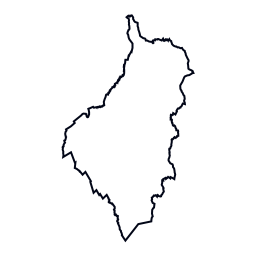 Ban Na, Nakhon Nayok, Thailand (Equal Earth projection)
{"feature_id": "78962969B12368211729718", "entity_name": "Ban Na", "entity_type": "district", "adm_level": 2, "iso_a3": "THA", "parent_name": "Thailand", "parent_adm1": "Nakhon Nayok", "projection": "equal_earth", "projection_center": [101.083, 14.274], "detail": "fine", "context": "isolated", "style": "outline", "palette": "ink", "viewbox_px": 256, "rotation_deg": 0, "n_neighbors": 0, "source": "geoboundaries", "source_scale": "gbopen_adm2", "svg_char_len": 5802}
<svg xmlns="http://www.w3.org/2000/svg" viewBox="0 0 256 256"><path d="M193.4,73.0L193.1,72.3L193.0,72.5L192.4,72.1L192.3,70.8L190.8,70.0L189.4,69.5L188.4,68.7L188.1,65.0L187.8,63.4L188.6,61.0L188.5,60.1L187.6,58.6L185.8,54.8L185.6,53.3L185.0,52.1L184.7,50.8L184.0,50.5L183.3,49.9L182.7,49.2L182.0,47.9L180.4,48.2L178.7,47.3L177.5,47.4L176.4,46.5L175.4,46.5L173.6,45.7L172.1,44.2L171.7,42.8L171.3,41.9L171.2,41.1L170.1,40.5L169.9,40.1L169.6,40.0L169.4,39.5L169.2,39.9L168.4,39.9L168.2,40.4L167.7,39.4L167.3,39.4L167.2,40.1L166.8,39.9L166.4,40.1L166.2,39.8L166.1,39.3L165.9,39.2L165.7,39.4L165.9,39.8L165.8,40.1L165.1,40.5L164.7,40.3L164.1,40.9L163.9,40.8L163.9,40.3L163.4,39.9L163.4,39.2L163.1,38.6L161.7,40.5L158.2,39.0L157.9,39.0L157.5,39.5L155.2,39.3L155.0,40.4L153.2,40.3L153.0,40.5L152.9,41.5L153.4,42.7L153.4,43.0L153.0,43.2L152.7,43.0L151.8,41.7L150.7,41.8L149.0,41.5L147.1,40.5L145.8,40.5L145.5,39.2L144.9,38.5L143.3,38.2L140.5,36.3L140.0,35.7L139.9,34.5L139.1,31.6L138.4,29.7L138.2,27.7L137.6,26.1L137.7,23.9L137.6,22.8L135.1,22.0L134.1,20.9L133.7,19.9L133.1,19.0L133.2,17.7L132.9,17.0L131.8,15.4L131.1,15.4L130.4,16.3L129.8,16.6L129.4,16.4L128.9,15.6L128.2,15.8L126.6,17.2L127.1,17.7L128.6,18.6L128.9,19.6L129.0,20.2L128.8,21.7L129.1,23.1L128.9,24.7L129.3,25.8L129.5,28.6L129.3,29.4L128.4,30.1L128.4,30.5L128.0,31.1L127.5,32.6L127.4,33.6L128.1,34.5L128.7,37.7L129.4,39.4L132.5,43.5L132.5,47.9L131.6,51.7L131.3,51.4L129.9,54.0L129.0,55.0L129.2,55.4L129.1,55.8L128.6,55.9L127.8,59.8L125.4,59.8L125.2,61.3L125.3,61.8L124.9,63.9L124.4,64.4L124.4,65.2L124.0,65.1L123.8,66.7L124.2,66.7L123.9,70.7L124.2,70.6L124.2,72.1L124.1,73.7L123.7,75.0L123.2,74.9L123.1,75.4L122.7,75.3L122.7,76.2L121.6,76.4L121.4,77.0L120.4,76.6L120.1,77.7L119.8,77.6L119.7,78.5L119.2,78.5L119.1,78.9L119.5,78.9L119.4,79.6L119.2,79.6L119.1,79.9L118.6,79.8L118.4,80.8L117.9,80.6L117.5,82.6L117.1,82.2L116.2,83.1L115.0,83.8L115.2,84.8L114.8,84.8L114.8,86.4L113.9,86.3L113.9,87.2L112.4,87.1L112.2,87.9L110.1,90.0L110.3,90.3L109.9,90.6L110.1,91.1L109.7,91.5L109.4,92.2L109.2,92.1L109.0,92.9L108.3,92.9L108.1,94.6L106.5,94.4L106.0,95.0L105.6,96.9L104.6,99.3L103.8,101.9L104.2,105.1L103.5,105.2L103.5,105.7L102.3,106.0L102.3,106.5L101.8,106.8L101.3,106.5L100.0,106.4L100.0,107.1L98.9,107.0L98.2,107.1L98.1,107.3L97.3,107.0L97.0,107.1L96.8,107.6L96.6,107.4L96.8,107.1L93.9,107.7L93.1,106.8L89.3,108.5L88.5,108.7L88.3,108.8L88.8,110.4L88.9,111.2L89.1,112.0L89.1,114.4L88.2,116.8L87.9,116.8L87.6,117.2L87.2,117.1L86.6,116.1L86.4,114.3L86.0,114.3L85.8,113.8L83.5,113.6L82.5,114.0L81.1,115.5L73.8,121.4L74.7,123.0L70.8,126.4L66.0,129.4L66.5,130.6L65.6,131.8L65.2,133.8L65.5,135.6L65.8,136.1L65.7,136.7L66.1,137.1L65.9,137.6L65.7,138.8L65.2,140.2L64.3,140.6L64.6,142.0L65.0,142.7L64.4,143.3L63.6,144.8L63.6,146.5L63.2,146.9L62.8,146.8L62.6,147.2L62.9,148.0L62.7,149.7L63.3,151.5L63.2,153.3L63.5,155.0L63.2,157.0L71.0,152.3L75.0,163.0L75.4,162.7L74.8,168.0L76.8,168.9L79.2,170.8L79.5,171.3L79.7,171.1L82.6,174.7L85.4,171.9L90.9,181.2L90.3,181.8L93.6,192.8L96.4,190.1L99.2,195.0L100.1,194.0L102.9,198.6L106.7,194.9L108.4,198.0L108.4,198.5L108.7,198.6L109.0,199.5L109.5,199.9L109.2,201.1L108.8,201.3L108.9,201.8L108.8,202.3L109.7,202.8L110.5,202.7L111.0,203.3L111.7,203.5L112.1,204.0L112.4,203.7L114.7,206.9L114.7,208.7L114.0,209.4L113.9,209.7L114.7,210.9L114.4,212.1L114.7,213.0L114.6,214.6L115.1,215.1L115.9,214.6L116.6,215.9L117.6,215.8L117.9,216.0L117.6,218.0L117.7,218.5L118.2,219.3L118.0,220.0L117.3,220.4L117.2,221.5L118.3,222.7L118.3,223.2L118.0,223.5L119.3,226.3L119.7,227.8L119.7,229.2L120.3,230.2L120.9,230.8L121.0,231.9L121.5,232.8L122.1,235.0L121.9,235.3L125.4,240.6L138.3,224.1L151.3,221.4L151.5,219.1L151.9,217.4L152.7,216.4L152.0,213.6L152.2,209.9L153.2,208.2L154.0,207.6L154.5,203.8L152.7,202.9L152.0,201.3L151.6,200.2L152.1,199.4L151.8,197.6L152.6,197.2L153.8,195.5L154.6,195.8L155.4,195.2L155.7,195.2L157.0,196.6L157.4,195.1L157.6,194.9L157.9,195.1L158.3,196.0L160.7,196.5L161.1,196.3L161.3,195.1L162.1,194.5L162.8,193.0L163.8,191.6L163.2,188.7L163.6,188.2L163.5,187.8L161.7,184.8L162.2,182.9L162.2,180.4L163.3,180.6L163.1,179.2L164.9,178.2L164.9,178.4L165.8,178.0L166.0,178.9L167.3,177.9L168.1,176.9L170.3,178.4L170.6,177.1L172.5,178.0L174.3,179.1L174.5,177.6L175.1,175.1L175.2,174.4L174.6,172.1L174.6,171.3L174.1,168.5L173.0,167.0L172.9,165.3L172.5,164.3L170.3,163.3L168.6,160.6L168.6,159.1L169.3,157.5L169.8,155.4L169.5,154.3L169.6,153.8L169.3,152.9L169.7,152.2L169.4,151.1L169.2,149.3L169.3,148.8L169.9,148.8L170.3,148.3L170.5,147.3L171.1,146.4L171.4,145.6L171.3,144.6L171.8,141.8L171.7,141.0L171.8,140.5L171.6,139.7L172.0,139.2L172.5,139.5L172.8,139.3L173.1,138.8L173.4,138.7L173.6,138.2L173.8,138.1L173.9,137.7L174.3,137.6L174.6,137.2L175.1,137.7L175.5,137.5L175.8,137.8L176.3,137.1L177.1,136.7L177.1,136.4L177.4,136.5L177.8,135.9L178.3,135.8L178.2,133.3L178.0,132.8L178.2,131.3L178.0,130.5L176.3,130.3L176.2,128.7L175.9,128.5L175.8,128.1L175.4,127.7L175.2,126.3L174.3,125.4L173.4,125.8L172.8,125.1L172.6,123.8L172.3,123.4L172.3,122.8L172.0,122.7L171.9,122.3L171.7,121.5L171.9,121.1L171.9,120.3L171.6,119.9L171.8,119.6L171.6,119.4L171.3,119.5L171.3,119.1L171.1,118.9L170.8,119.0L170.9,118.6L170.6,118.2L170.6,117.5L170.9,117.3L170.9,116.9L170.8,116.1L171.0,115.4L170.8,115.2L170.9,114.8L171.5,115.0L171.8,114.9L172.1,115.1L172.4,114.8L172.8,114.8L173.2,113.1L175.4,114.5L176.9,111.4L176.5,110.9L176.8,110.2L177.8,108.6L178.1,108.4L178.8,108.6L179.7,107.7L180.4,107.6L180.5,107.0L181.5,106.3L182.4,104.3L182.9,103.5L184.9,104.1L184.7,102.4L184.2,101.5L184.1,100.4L184.6,99.3L184.7,98.7L184.3,95.8L183.6,95.2L182.5,92.7L181.6,91.6L181.5,90.6L180.7,89.6L180.4,88.7L180.2,85.7L180.5,85.0L182.5,81.6L184.1,77.6L184.8,76.5L187.3,75.4L189.3,75.1L192.6,73.1L193.4,73.0Z" fill="none" stroke="#020617" stroke-width="2"/></svg>